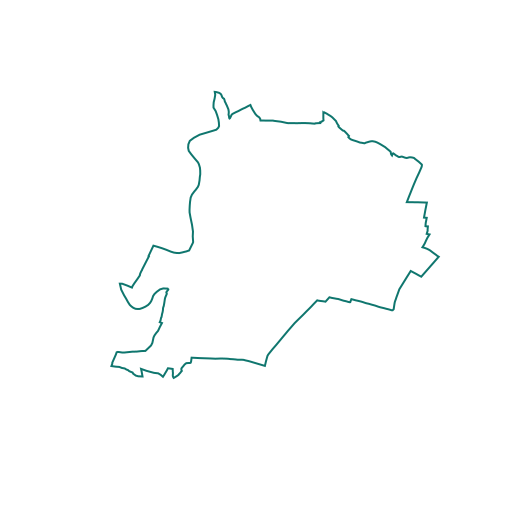 Lunca Muresului, Alba, Romania, rotated 131°
{"feature_id": "2599482B93074518356645", "entity_name": "Lunca Muresului", "entity_type": "district", "adm_level": 2, "iso_a3": "ROU", "parent_name": "Romania", "parent_adm1": "Alba", "projection": "orthographic", "projection_center": [23.92, 46.432], "detail": "fine", "context": "isolated", "style": "outline", "palette": "teal", "viewbox_px": 512, "rotation_deg": 131, "n_neighbors": 0, "source": "geoboundaries", "source_scale": "gbopen_adm2", "svg_char_len": 6114}
<svg xmlns="http://www.w3.org/2000/svg" viewBox="0 0 512 512"><g transform="rotate(131 256 256)"><path d="M159.2,394.8L161.1,392.5L164.4,390.5L167.7,388.8L170.1,387.0L171.9,385.4L173.1,381.5L175.1,377.9L177.5,374.1L179.8,371.4L182.2,369.1L184.0,368.6L186.7,368.8L189.3,370.4L195.3,374.2L201.4,378.1L207.5,380.4L212.5,381.5L216.1,380.3L218.9,378.2L220.8,375.7L221.7,371.7L222.6,366.5L223.4,361.2L224.2,359.3L226.1,356.3L228.2,354.1L230.9,351.7L233.1,350.3L236.0,348.2L239.8,345.9L242.0,345.2L245.6,344.9L247.7,344.9L251.7,344.6L254.8,343.6L258.4,341.3L261.4,339.1L264.7,336.5L266.7,334.7L269.6,331.1L271.6,328.5L274.4,324.8L278.9,319.6L282.7,316.6L286.7,312.6L287.7,312.2L295.7,310.1L298.6,311.8L299.5,312.5L301.7,314.0L304.1,315.8L305.8,317.9L307.3,320.2L308.6,323.2L310.2,327.9L311.9,332.3L313.7,336.4L315.5,340.2L316.9,339.8L326.5,337.1L326.5,336.6L331.1,335.5L340.8,333.1L341.4,332.8L342.7,332.6L345.1,331.9L346.4,331.3L346.5,331.1L347.0,330.9L351.2,330.4L356.5,329.9L359.9,329.4L361.2,328.9L361.5,329.7L362.7,333.5L364.7,338.8L366.2,340.6L369.8,335.7L372.2,329.8L373.4,326.1L374.7,322.6L375.7,319.2L375.8,317.0L375.6,314.6L374.9,312.3L373.5,310.4L372.2,309.0L369.6,307.5L366.7,306.2L363.6,305.3L360.9,305.2L358.8,305.5L356.3,306.3L353.7,307.4L351.3,307.7L348.1,307.4L344.1,306.5L341.3,304.7L338.6,301.3L338.7,301.0L338.7,300.3L339.1,300.1L339.7,300.1L341.8,300.0L342.5,299.6L342.6,299.1L343.1,298.5L346.8,297.3L348.2,296.6L349.9,295.5L351.8,294.3L354.3,292.8L355.4,292.4L356.4,291.9L357.8,290.8L359.6,289.7L361.7,288.7L362.6,288.1L364.2,287.2L364.9,287.1L366.0,286.5L367.2,285.8L369.1,285.2L368.3,283.0L372.6,282.0L376.8,280.8L379.5,280.8L382.6,280.5L384.7,279.9L386.5,278.9L389.6,277.2L392.4,276.5L400.2,277.2L403.0,280.2L406.4,283.3L409.4,286.6L415.3,292.1L416.6,293.6L418.3,296.3L419.1,297.4L420.1,298.0L422.3,297.1L430.7,294.5L431.6,293.8L433.9,292.9L433.0,291.5L431.5,289.2L429.4,286.4L429.0,285.3L428.5,283.8L427.0,281.3L426.7,279.3L426.1,277.8L426.1,276.2L425.6,274.6L424.9,272.7L425.4,271.5L425.3,270.4L425.1,268.2L424.0,265.9L421.4,262.6L418.4,266.3L416.6,268.7L414.5,263.3L413.0,260.2L411.1,256.3L408.7,252.8L408.2,249.9L408.2,247.0L405.9,247.3L403.9,247.7L402.7,247.9L400.5,248.3L398.5,248.8L397.5,247.3L395.9,244.8L397.1,243.6L397.8,243.0L398.8,241.9L400.0,241.0L401.1,240.1L401.8,238.9L402.0,238.1L399.9,237.4L397.9,236.8L396.5,236.5L395.6,236.6L394.1,236.5L392.7,236.6L391.4,236.6L391.2,237.2L390.6,237.9L389.8,238.5L388.7,238.6L387.0,238.6L384.7,238.7L382.6,238.3L382.1,237.8L381.2,236.9L379.9,235.5L379.4,235.3L378.8,235.5L378.0,235.9L377.4,236.3L376.2,237.1L375.0,237.9L372.1,234.2L370.0,231.5L365.2,225.6L362.7,222.5L360.2,219.3L357.3,216.2L355.2,213.8L353.0,211.1L351.7,209.4L350.6,207.7L349.1,205.8L347.6,203.7L346.4,201.9L344.5,199.7L343.4,198.4L342.5,197.2L341.6,195.3L340.5,193.3L339.7,191.7L333.1,177.2L331.0,178.3L329.1,179.3L326.0,180.8L323.9,181.8L322.4,182.1L320.6,182.2L315.0,182.4L310.0,182.4L305.1,182.5L301.2,182.6L296.1,182.7L291.4,182.8L283.8,182.8L281.2,182.8L276.0,182.4L270.0,181.9L264.9,181.6L261.0,181.3L257.7,181.1L254.4,181.0L249.3,180.7L249.0,180.0L247.8,178.1L246.5,176.2L245.4,174.5L244.9,173.6L239.0,173.5L237.9,171.3L236.4,168.8L235.3,166.9L234.6,165.9L234.0,164.6L233.0,162.2L232.2,160.4L231.5,159.2L230.8,157.8L230.1,156.2L229.3,154.8L229.0,154.6L227.7,155.1L226.0,155.7L225.2,154.1L224.0,151.6L222.9,149.6L221.5,146.9L220.6,144.9L219.6,142.4L219.0,141.2L218.1,139.6L216.7,136.5L215.9,134.9L215.1,133.2L214.9,132.6L214.6,131.9L214.1,130.6L213.3,128.8L211.3,125.0L210.4,123.1L209.4,121.2L208.5,119.3L208.0,118.1L207.3,117.3L205.8,117.2L204.9,117.8L203.8,118.5L201.6,119.9L200.3,120.7L199.1,121.3L196.7,122.2L195.1,122.9L193.0,123.7L190.4,124.7L187.1,126.0L172.3,128.4L169.6,128.8L165.8,129.4L165.3,127.2L164.4,123.3L163.9,120.8L163.2,117.7L136.7,117.6L137.0,119.5L137.0,120.8L137.2,122.8L137.4,125.2L137.6,128.4L137.9,129.9L138.4,131.8L139.2,133.9L140.2,136.1L138.3,136.4L135.7,136.9L132.8,137.8L129.7,138.6L125.9,139.2L127.3,141.7L124.4,143.0L123.5,143.8L120.9,145.7L122.1,147.2L122.3,147.7L119.7,149.6L117.1,151.1L115.2,152.2L116.8,154.4L109.9,158.5L103.6,162.1L108.7,168.4L116.4,177.5L110.6,179.6L107.4,180.7L102.3,182.5L98.2,183.9L92.0,185.9L86.0,187.6L80.3,189.4L79.1,190.0L78.2,190.8L78.1,195.0L78.4,199.8L78.3,200.7L78.6,201.6L79.0,202.4L79.8,203.7L80.5,204.6L81.3,205.3L82.3,205.9L83.2,206.6L83.5,207.1L84.0,208.0L84.7,209.8L85.2,211.0L85.7,211.6L86.2,211.9L86.9,212.4L87.5,213.0L87.8,214.0L87.9,215.0L88.2,216.0L88.4,219.1L88.5,219.8L89.0,220.0L89.9,219.7L90.9,219.3L90.8,220.0L90.5,220.9L89.8,221.8L89.1,222.6L89.0,223.1L89.0,224.5L89.1,227.6L89.1,229.9L90.0,235.2L90.5,237.6L91.0,239.5L91.6,241.1L92.4,242.5L93.0,243.5L93.9,244.4L95.2,245.4L96.3,246.1L97.4,246.8L98.3,247.4L99.7,248.0L100.1,248.6L101.2,250.5L102.2,252.0L103.2,254.7L104.0,256.6L105.1,259.1L105.7,260.7L105.9,262.5L105.7,264.3L104.4,264.6L104.4,265.1L104.1,267.3L103.9,269.4L103.8,270.5L103.8,271.8L104.3,272.6L104.4,274.2L104.4,276.3L104.4,277.6L104.2,278.8L103.5,279.0L103.3,279.8L102.9,281.3L102.6,282.1L102.2,283.1L101.7,284.1L101.6,285.2L101.5,286.6L101.3,289.3L101.4,291.1L101.5,291.9L102.0,294.8L102.1,295.7L102.8,298.6L103.5,298.6L103.5,299.3L105.5,297.6L107.8,295.6L109.4,294.0L109.9,294.1L110.5,294.4L111.0,294.4L111.8,294.9L112.4,294.8L113.1,295.4L113.6,294.8L115.1,296.4L117.0,298.3L117.5,298.4L118.4,299.5L120.3,302.2L123.1,305.7L124.0,306.8L125.7,308.7L127.5,310.7L129.0,312.3L130.8,314.5L132.3,316.2L133.8,318.0L134.6,318.8L135.6,320.4L136.8,322.6L138.3,325.3L142.2,331.1L142.6,331.9L143.9,333.4L145.3,335.0L150.8,341.5L149.7,342.9L149.3,344.3L149.3,345.5L149.5,346.3L149.5,347.7L149.2,349.8L147.8,354.4L146.7,357.3L145.7,359.3L148.3,360.4L151.3,361.5L153.1,362.4L155.0,363.2L158.2,364.4L160.8,365.6L164.1,366.9L165.3,367.1L167.0,366.6L168.8,366.1L169.3,366.1L169.6,366.2L169.5,366.6L168.8,367.5L168.2,368.1L167.4,369.4L165.8,370.5L164.7,371.5L163.4,373.1L161.5,376.9L160.9,378.4L160.3,379.6L159.9,380.8L159.0,382.0L158.3,383.3L158.5,384.7L158.1,386.2L157.3,387.4L156.8,389.1L157.1,391.0L158.4,393.6L159.2,394.8Z" fill="none" stroke="#0f766e" stroke-width="2"/></g></svg>